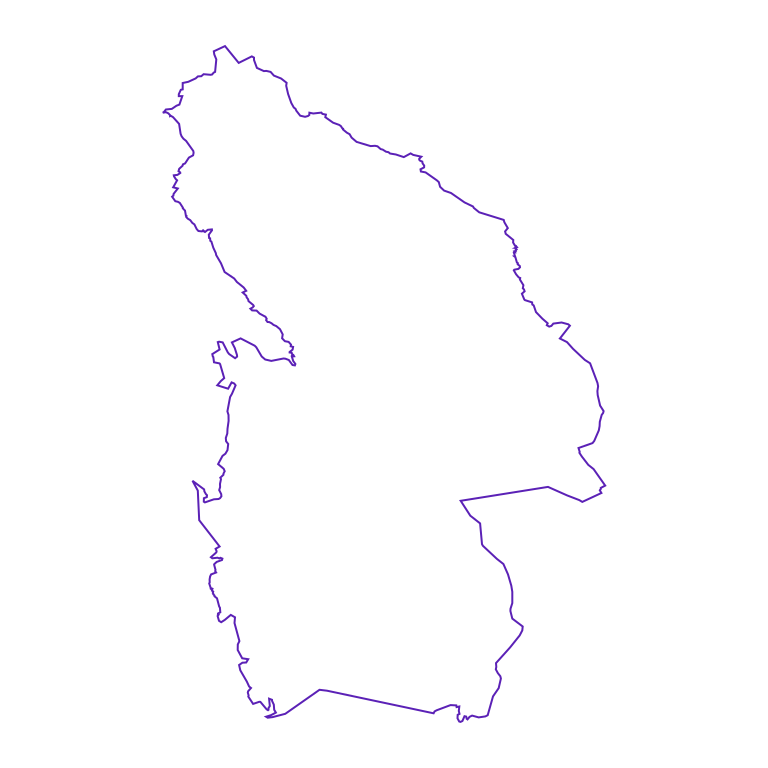 Cotmeana, Arges, Romania (Natural Earth projection)
{"feature_id": "2599482B54766849205701", "entity_name": "Cotmeana", "entity_type": "district", "adm_level": 2, "iso_a3": "ROU", "parent_name": "Romania", "parent_adm1": "Arges", "projection": "natural_earth1", "projection_center": [24.603, 44.996], "detail": "fine", "context": "isolated", "style": "outline", "palette": "violet", "viewbox_px": 768, "rotation_deg": 0, "n_neighbors": 0, "source": "geoboundaries", "source_scale": "gbopen_adm2", "svg_char_len": 6095}
<svg xmlns="http://www.w3.org/2000/svg" viewBox="0 0 768 768"><path d="M496.0,663.1L510.1,647.4L519.7,635.4L522.3,630.4L522.7,626.5L512.3,618.6L510.4,611.0L510.5,608.8L512.3,603.1L512.3,591.8L511.3,585.7L508.0,574.4L503.4,564.0L496.9,558.9L482.9,545.8L482.0,544.2L480.1,523.4L470.3,515.7L460.7,500.8L548.0,486.9L567.1,495.4L579.3,500.1L582.3,501.9L601.4,493.0L599.8,490.3L600.8,488.9L600.8,487.9L605.2,485.6L593.6,469.1L588.3,464.9L581.9,456.6L579.4,452.8L579.7,451.9L578.5,448.0L592.5,443.1L594.2,441.0L598.8,430.4L599.6,426.1L599.8,421.8L601.7,414.9L603.1,413.0L603.6,411.1L600.1,405.6L597.7,395.1L597.4,391.1L598.1,386.3L597.5,383.0L590.1,363.3L584.8,359.9L573.0,348.8L567.0,342.1L559.9,338.5L569.9,325.7L568.3,324.3L561.6,322.5L553.3,323.6L551.4,325.9L549.2,326.6L546.8,325.2L547.7,323.3L542.4,318.7L536.0,312.1L533.7,305.4L532.3,304.5L532.1,302.4L524.9,300.1L524.3,299.5L521.9,293.7L524.6,291.3L524.0,289.4L522.8,288.3L523.4,285.2L519.9,279.5L520.2,278.0L518.7,277.4L516.1,274.3L513.8,270.3L514.3,269.7L518.4,268.9L520.0,267.3L519.8,266.0L517.7,264.3L517.9,263.2L516.9,262.5L515.4,257.2L514.3,256.3L515.0,256.2L513.9,252.7L515.1,252.5L514.3,251.3L515.9,250.9L515.7,250.1L516.5,249.5L515.8,248.9L515.9,248.1L515.3,248.0L517.0,247.3L516.4,246.6L515.5,246.6L515.7,245.8L514.8,245.4L513.1,242.5L513.3,240.0L505.7,233.8L505.1,231.4L507.8,228.1L504.4,222.3L503.7,219.9L479.2,212.3L473.9,208.0L473.0,206.5L464.5,202.4L451.0,193.0L444.1,190.6L440.1,186.8L438.8,182.1L436.8,180.3L425.6,172.4L420.9,171.5L420.5,169.3L424.1,167.4L424.2,165.6L422.6,163.4L422.3,161.6L420.1,160.7L419.2,159.7L419.2,158.8L421.3,156.7L413.2,154.9L410.6,153.4L403.8,157.1L395.9,154.5L390.0,153.5L388.5,152.2L386.0,151.7L382.7,149.6L380.7,149.1L377.5,146.3L375.0,145.8L370.6,146.1L356.6,141.9L351.6,137.6L349.6,134.2L346.9,132.7L343.0,129.5L343.1,128.7L342.3,128.3L340.9,126.1L339.2,124.9L333.1,122.7L325.3,117.2L325.9,114.6L322.4,113.9L321.4,112.6L313.3,113.5L309.4,112.7L309.3,115.0L308.0,116.0L305.1,116.8L300.2,115.7L296.3,110.7L295.5,108.8L293.8,107.5L291.3,103.0L288.1,94.0L286.2,85.8L286.6,82.8L281.1,78.5L273.9,75.6L270.6,71.9L266.3,70.9L263.9,71.1L256.9,67.9L254.0,60.0L254.0,57.6L251.8,56.4L238.7,62.9L225.0,46.1L213.8,51.3L214.3,54.5L216.3,59.4L215.1,71.9L213.7,72.6L212.1,74.5L210.6,74.8L203.6,74.2L201.3,76.2L197.9,76.4L195.7,78.4L188.3,81.8L182.7,83.0L182.7,89.4L180.8,89.8L178.8,94.2L178.8,96.1L182.3,96.1L179.4,104.6L176.5,105.7L171.8,108.9L165.9,109.5L164.1,111.8L162.8,112.7L166.0,112.2L168.3,113.3L170.1,115.2L170.1,116.1L170.8,115.8L173.0,117.1L179.1,123.9L180.6,133.8L181.6,136.3L183.4,138.7L186.1,140.9L193.3,151.0L193.6,152.8L193.1,155.3L188.9,157.6L185.1,163.4L182.9,164.4L182.6,165.7L179.2,168.8L178.5,171.2L180.2,172.4L180.3,173.0L177.4,174.9L173.8,175.3L174.0,176.3L175.7,179.0L177.1,180.3L173.2,187.3L177.8,188.5L173.6,193.9L173.4,195.6L172.1,196.7L175.3,201.2L177.9,201.8L179.8,202.9L182.9,207.7L182.8,208.3L185.0,210.6L185.9,215.7L186.5,216.0L186.2,216.9L187.7,218.6L190.3,220.2L192.3,222.9L194.4,224.4L196.7,229.1L198.4,231.0L202.0,231.4L203.1,230.3L203.8,230.9L203.5,231.2L205.0,232.0L207.8,229.8L211.9,229.4L212.0,230.3L208.8,234.7L209.1,238.0L210.1,238.3L210.3,240.8L211.4,241.6L213.3,247.7L215.8,253.1L216.2,255.1L221.0,263.3L224.6,272.0L234.2,278.5L236.9,282.0L243.7,287.5L246.2,290.8L242.7,292.5L246.3,295.8L246.6,297.3L248.1,299.3L248.5,301.1L253.2,305.0L253.8,306.1L252.6,307.5L250.4,308.7L252.1,310.4L256.6,310.6L259.6,313.6L265.5,316.8L266.7,318.8L266.1,320.1L267.5,322.0L269.3,322.1L271.6,323.3L273.5,324.9L276.3,326.1L280.0,329.2L282.7,334.4L282.1,338.3L284.9,341.2L288.6,341.9L291.0,344.6L290.7,346.3L293.1,346.9L292.6,349.6L289.6,352.0L289.6,352.5L291.7,352.8L292.1,354.2L293.3,354.9L294.1,356.3L293.2,356.4L292.2,355.3L291.7,356.1L293.2,361.0L295.4,364.0L294.9,365.4L292.5,365.0L288.8,360.0L285.4,358.7L283.5,358.5L271.3,360.9L265.2,359.5L261.7,356.5L256.3,347.3L254.7,345.7L240.6,338.4L231.9,342.4L234.8,348.1L237.0,355.1L237.1,356.6L235.1,358.2L229.2,354.1L227.8,352.4L222.7,342.4L219.1,341.7L217.8,342.1L219.6,349.5L212.3,354.1L212.8,356.5L213.3,357.0L214.0,362.3L219.5,363.4L220.1,364.1L224.2,378.1L220.7,381.2L217.3,385.3L228.1,388.7L231.6,382.4L234.2,383.5L235.6,385.3L232.0,393.7L230.1,397.0L227.4,411.4L228.5,414.9L228.6,420.9L227.5,428.8L227.3,433.5L225.8,438.0L226.1,441.3L228.2,444.0L227.5,450.1L225.4,453.7L222.5,455.9L218.1,464.1L223.7,468.8L224.7,471.2L223.5,473.5L223.4,474.8L220.3,477.7L221.0,479.1L220.0,483.9L220.1,487.1L219.2,490.1L221.2,494.1L221.4,496.3L220.1,498.1L218.6,499.0L213.9,499.3L204.9,502.4L203.8,501.7L203.9,498.2L206.8,497.1L207.0,495.2L205.9,494.1L204.4,491.4L204.1,489.4L192.5,480.8L197.8,490.6L199.2,520.2L219.6,546.5L215.6,548.8L216.6,551.2L216.3,552.4L210.9,557.2L212.3,558.3L217.5,557.7L219.2,558.4L220.4,557.8L222.4,558.6L222.0,560.0L216.7,561.9L214.3,564.1L214.1,564.6L215.5,569.9L215.2,571.1L216.1,572.5L211.1,574.4L210.1,576.5L209.6,579.4L209.7,582.4L209.2,583.4L210.7,588.0L211.9,588.5L211.1,589.0L212.3,590.0L212.0,590.7L213.2,591.6L212.8,593.0L213.3,593.6L213.3,594.3L214.5,595.5L214.5,596.3L217.0,598.3L219.2,606.6L219.9,607.6L220.3,612.3L218.0,613.5L217.9,614.2L218.6,614.7L217.6,616.0L219.0,620.8L221.2,622.2L224.8,619.9L230.8,614.9L235.0,617.3L234.5,623.0L239.4,641.1L237.8,644.4L237.7,650.0L242.2,658.3L248.2,659.2L246.2,662.5L242.4,662.7L239.1,665.0L240.3,670.3L246.9,681.7L249.1,686.5L251.0,688.0L248.1,691.3L247.8,692.6L248.6,695.4L248.3,696.6L253.1,703.9L259.3,701.8L260.4,701.9L266.6,709.3L268.0,710.2L268.5,709.8L268.5,708.1L269.8,706.0L269.1,698.7L272.0,699.8L272.1,701.0L273.8,704.6L274.2,709.8L275.9,712.6L270.9,715.2L266.1,716.7L267.7,717.7L272.7,717.1L285.3,713.8L319.5,689.8L327.0,690.7L433.6,713.3L434.6,711.4L436.6,710.3L450.5,705.1L456.3,705.4L456.6,707.1L459.3,706.5L458.8,711.0L459.5,713.9L457.7,714.8L457.5,718.3L459.2,721.5L460.5,721.9L462.4,721.0L464.5,716.2L466.2,716.6L466.7,718.8L467.5,719.4L469.6,716.8L472.1,715.6L478.7,717.4L485.4,716.4L487.7,715.2L493.0,696.4L498.7,688.1L500.9,678.5L500.3,676.2L497.9,673.2L495.8,669.3L496.3,667.0L496.0,663.1Z" fill="none" stroke="#5b21b6" stroke-width="2"/></svg>